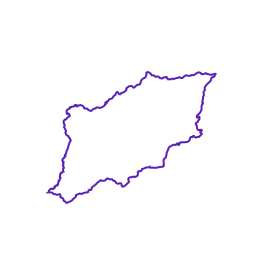 Gómez Plata, Antioquia, Colombia, rotated 52°
{"feature_id": "7082276B25593969980338", "entity_name": "Gómez Plata", "entity_type": "district", "adm_level": 2, "iso_a3": "COL", "parent_name": "Colombia", "parent_adm1": "Antioquia", "projection": "equal_earth", "projection_center": [-75.193, 6.711], "detail": "fine", "context": "isolated", "style": "outline", "palette": "violet", "viewbox_px": 256, "rotation_deg": 52, "n_neighbors": 0, "source": "geoboundaries", "source_scale": "gbopen_adm2", "svg_char_len": 5840}
<svg xmlns="http://www.w3.org/2000/svg" viewBox="0 0 256 256"><g transform="rotate(52 128 128)"><path d="M178.5,76.1L178.3,73.8L178.1,73.4L176.3,73.9L175.9,73.8L175.4,73.2L175.4,72.6L175.6,71.6L175.2,71.2L174.5,71.5L174.0,72.0L173.2,73.6L172.8,73.9L172.3,74.1L171.6,74.0L169.7,73.2L168.3,72.2L166.7,72.3L166.1,71.7L165.9,71.3L165.9,70.8L166.2,69.9L166.2,69.3L165.2,67.9L165.3,66.7L165.0,66.2L163.2,64.9L162.9,65.1L163.3,65.8L163.3,66.1L163.1,66.4L161.9,67.1L161.1,66.6L160.8,66.0L160.4,62.2L159.2,59.3L157.3,57.4L156.1,56.7L155.2,55.4L155.0,54.2L154.7,53.7L154.2,53.6L153.7,53.8L153.3,53.0L152.0,52.3L151.1,50.9L149.8,49.8L148.7,47.8L146.4,46.6L146.1,46.2L145.9,45.2L145.4,44.0L144.4,43.6L143.1,42.2L142.2,39.2L141.8,34.4L141.3,33.0L140.0,31.7L140.0,29.6L140.5,29.1L140.6,28.4L140.0,27.4L139.5,25.8L139.3,25.7L138.7,26.2L138.4,27.2L137.9,28.1L137.5,29.6L134.0,32.5L133.2,32.6L132.6,33.1L132.3,34.5L131.6,36.1L130.3,37.0L129.3,36.8L128.1,37.7L127.4,38.4L127.2,39.3L126.8,43.8L125.5,45.1L125.4,46.2L124.3,48.1L122.2,49.9L122.0,50.5L121.9,52.8L122.1,53.5L122.0,54.6L121.5,55.3L120.6,55.6L120.2,56.1L119.6,56.2L118.9,58.4L118.5,59.0L118.2,60.0L117.8,60.8L117.7,61.6L116.5,62.5L116.3,63.0L116.3,64.0L114.9,65.3L114.5,66.4L112.3,66.6L111.6,66.2L111.2,66.7L111.1,67.2L110.3,68.2L110.1,68.7L110.2,69.8L109.7,71.1L108.9,71.4L108.2,72.2L107.0,72.2L105.8,72.7L105.2,73.4L104.9,74.3L104.5,74.9L102.5,75.2L101.0,76.9L99.2,76.7L98.5,76.8L96.7,77.5L96.1,78.1L95.7,79.0L95.8,79.6L97.2,80.4L98.1,82.1L98.7,82.7L98.8,83.7L98.3,86.0L98.3,86.8L99.2,89.3L100.5,90.7L100.9,91.5L99.6,94.8L99.9,97.6L99.9,98.4L99.5,98.9L97.5,99.1L97.0,99.5L95.8,101.3L95.7,104.8L95.9,105.2L96.6,105.4L96.9,105.7L97.2,106.3L97.3,107.0L97.2,109.4L96.3,111.9L96.7,113.3L96.5,113.7L95.8,114.1L93.3,114.0L93.0,114.3L93.0,114.6L93.2,116.2L94.1,117.4L94.0,119.3L94.8,121.9L94.7,123.1L93.9,125.0L93.9,125.9L94.6,127.0L94.0,128.8L94.0,130.0L94.1,130.3L94.3,130.4L94.8,129.2L95.1,129.2L95.3,129.6L95.4,130.7L95.2,131.7L95.8,132.4L95.9,132.8L95.7,135.5L95.0,137.3L94.8,138.0L93.7,138.6L92.5,140.1L92.4,141.0L92.6,141.4L92.5,141.9L91.7,143.3L91.7,144.7L91.9,145.9L91.8,146.7L89.6,148.1L87.5,148.3L85.8,150.3L85.3,150.3L84.7,149.9L83.6,149.9L82.1,150.4L80.8,151.2L80.2,152.2L79.7,153.4L79.9,154.4L79.8,154.7L79.2,154.8L78.7,155.4L78.4,155.4L78.1,154.7L77.3,155.3L77.3,155.7L77.7,156.3L77.6,157.7L76.7,158.8L76.7,159.9L76.0,160.4L76.0,161.5L76.2,161.8L76.6,161.7L76.7,162.3L76.4,163.5L76.5,164.4L76.3,165.3L77.6,166.7L78.1,166.8L78.9,167.3L79.5,166.5L79.8,166.8L80.2,166.0L80.6,165.8L81.2,165.9L81.6,166.3L82.3,166.2L82.6,166.4L82.8,166.8L82.5,168.2L82.5,168.9L83.0,171.8L82.9,172.1L82.5,172.5L82.8,174.1L83.2,174.9L84.4,175.3L85.4,176.0L85.7,176.1L86.2,175.9L87.0,176.3L87.6,177.1L87.9,177.9L89.6,178.0L90.7,178.4L91.9,178.5L92.5,179.1L92.8,179.9L93.4,179.9L93.7,180.3L94.7,180.8L96.6,180.6L97.7,179.9L99.2,180.4L100.1,180.1L101.2,180.6L102.4,180.6L102.6,180.8L103.9,183.8L104.9,184.9L105.4,186.0L106.6,187.4L108.1,189.9L108.6,191.0L109.9,192.4L110.2,193.1L110.3,194.2L110.5,194.4L110.8,194.2L111.0,194.6L111.6,194.6L111.5,195.6L112.0,196.0L112.0,196.7L112.3,197.3L112.1,198.4L112.3,198.7L113.4,199.9L114.0,199.9L114.4,199.8L114.9,200.3L115.2,199.8L115.6,200.1L116.0,200.9L116.7,201.2L117.4,202.5L117.7,202.5L118.0,202.2L119.1,203.0L119.9,203.0L120.1,203.4L120.3,204.3L120.5,204.6L121.8,205.5L122.6,205.7L122.3,206.2L122.6,207.2L122.0,208.0L122.1,208.6L122.6,208.9L122.5,209.6L123.8,211.2L124.8,211.8L125.2,211.6L125.9,212.1L125.8,212.7L126.7,213.7L126.8,214.7L126.9,215.2L127.1,215.3L127.4,215.1L127.6,215.9L128.0,216.2L128.3,216.8L128.6,217.0L128.8,217.7L129.6,218.1L129.7,219.2L129.6,219.5L129.1,219.6L128.9,221.7L129.0,222.1L129.4,222.4L129.9,222.4L129.8,223.7L130.1,224.2L129.3,225.4L128.8,225.5L128.4,225.9L128.5,227.9L128.8,229.1L129.7,229.9L129.7,230.3L130.1,229.7L131.0,229.0L131.6,228.0L132.5,227.4L134.2,227.3L134.6,227.1L135.2,226.1L136.9,225.2L137.4,224.3L137.7,223.2L138.1,222.6L138.4,222.4L139.8,222.8L140.4,223.7L140.7,223.8L142.1,223.2L142.7,223.1L143.0,222.7L143.3,222.6L144.3,222.6L145.2,223.3L146.1,223.4L147.4,222.7L148.8,222.7L149.5,222.1L149.8,220.3L150.3,218.8L150.6,216.6L150.1,214.9L150.1,212.3L150.0,211.4L149.7,210.9L149.0,210.5L148.9,209.5L149.6,207.9L149.9,206.4L151.6,204.9L151.8,203.1L152.9,200.7L153.6,200.0L153.9,199.0L153.8,198.5L153.1,198.0L152.9,196.8L153.0,196.2L153.9,195.5L154.0,195.0L153.8,194.6L152.9,193.5L152.7,193.1L152.5,190.6L152.7,189.4L152.6,187.8L152.2,185.3L152.4,181.6L153.6,181.0L154.8,179.4L155.2,177.9L154.9,176.1L155.1,175.1L155.9,174.8L157.4,173.8L157.8,173.3L158.5,172.1L160.5,172.0L161.2,171.3L161.9,170.9L163.9,171.2L165.4,170.5L165.8,170.2L166.6,168.3L167.4,167.6L168.4,167.7L169.3,168.4L170.1,168.6L171.0,168.3L171.3,167.7L171.5,166.9L171.6,164.2L171.3,163.0L171.2,160.7L171.1,160.3L170.2,160.1L168.4,159.3L167.9,158.3L168.2,156.5L169.1,155.3L169.9,153.2L170.6,152.9L171.1,152.3L171.4,150.5L171.4,149.9L171.2,149.4L170.5,148.9L170.1,148.2L169.0,147.6L168.6,146.7L168.7,145.8L169.7,145.0L169.9,144.3L169.6,143.1L169.0,142.2L169.0,141.9L169.7,140.7L170.0,138.6L170.7,137.7L171.1,136.7L171.7,136.0L172.0,134.7L172.6,135.0L173.0,134.9L173.9,133.6L174.7,132.8L175.4,131.8L176.6,130.5L178.4,126.7L179.8,124.8L180.0,123.8L179.7,122.9L178.9,122.7L177.9,121.5L176.3,120.6L175.1,119.6L174.6,118.5L174.5,116.5L172.8,114.2L171.4,112.8L169.0,108.5L168.4,107.0L168.3,106.5L168.8,105.4L168.9,103.6L169.3,102.3L169.6,101.8L170.4,101.3L170.7,100.8L170.7,100.1L170.5,99.0L170.6,98.4L171.1,98.0L172.1,98.8L172.6,98.4L172.5,97.5L171.6,96.2L171.6,95.7L171.9,95.4L172.2,94.4L173.1,93.6L173.9,92.3L174.7,91.5L174.9,90.6L175.8,89.0L175.6,87.5L175.4,86.8L174.2,85.3L173.8,84.5L174.1,83.5L174.8,83.0L174.4,81.9L174.8,81.0L175.2,80.8L176.2,81.0L177.2,80.5L177.5,80.1L177.9,78.4L178.8,77.4L178.5,76.1Z" fill="none" stroke="#5b21b6" stroke-width="2"/></g></svg>